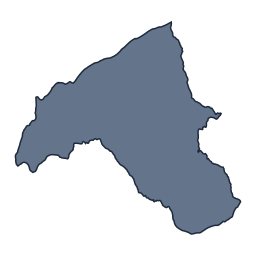 outline of Laga, Baucau, East Timor
{"feature_id": "22284137B62238566078682", "entity_name": "Laga", "entity_type": "district", "adm_level": 2, "iso_a3": "TLS", "parent_name": "East Timor", "parent_adm1": "Baucau", "projection": "equal_earth", "projection_center": [126.658, -8.504], "detail": "fine", "context": "isolated", "style": "filled", "palette": "slate", "viewbox_px": 256, "rotation_deg": 0, "n_neighbors": 0, "source": "geoboundaries", "source_scale": "gbopen_adm2", "svg_char_len": 5838}
<svg xmlns="http://www.w3.org/2000/svg" viewBox="0 0 256 256"><path d="M240.6,201.7L240.0,200.5L238.8,199.5L236.0,198.5L234.0,197.6L233.0,196.8L232.6,195.8L232.5,194.6L232.0,193.2L231.3,192.0L231.2,190.8L230.8,189.6L231.1,187.4L230.6,185.8L230.9,184.7L230.9,184.2L230.6,183.7L229.9,183.1L229.7,181.8L229.3,181.3L229.1,179.8L228.7,179.2L228.6,178.0L228.1,176.8L227.4,176.4L227.0,174.7L225.5,173.4L224.8,172.5L224.5,172.0L224.1,170.2L223.9,168.6L223.3,167.8L223.2,167.2L221.9,167.2L220.9,166.8L217.6,164.8L214.5,163.9L213.8,164.0L213.4,163.8L213.1,163.4L212.2,163.2L211.9,162.9L211.3,161.7L209.8,160.8L208.4,158.7L207.9,159.0L207.3,158.9L207.1,158.6L206.9,155.5L205.5,153.7L205.1,153.9L204.3,153.9L203.0,153.4L201.0,151.0L200.4,150.7L199.6,150.9L198.5,152.1L198.1,151.9L198.0,151.5L198.0,151.0L198.3,150.3L199.5,149.1L199.4,148.4L198.6,147.0L198.6,146.1L198.8,144.6L198.8,143.7L197.6,140.5L197.7,139.9L198.1,138.8L198.3,137.4L198.2,134.9L198.0,132.2L198.1,131.1L198.7,129.3L199.1,129.1L200.3,129.1L202.1,129.6L202.7,129.3L202.7,127.7L204.1,126.5L204.4,126.5L205.2,127.2L205.8,127.2L206.2,126.8L206.5,125.1L206.4,123.8L206.4,122.6L207.0,121.4L207.9,120.5L208.1,118.7L208.7,118.1L210.4,117.3L211.5,117.2L214.0,117.8L215.9,119.0L216.7,119.1L218.1,117.8L218.9,116.5L220.3,115.2L220.9,114.2L221.1,113.5L220.3,113.1L219.4,113.6L218.9,113.6L217.8,113.0L216.7,113.6L216.0,114.4L215.7,114.3L215.3,113.9L215.1,113.3L212.3,108.8L211.7,108.1L211.0,108.3L210.6,108.2L210.0,107.7L209.6,107.0L208.9,107.0L208.1,106.6L207.2,106.7L205.7,107.2L204.7,107.2L204.1,106.6L202.4,105.9L201.3,104.9L199.6,103.2L198.4,102.7L197.3,102.0L196.0,101.7L194.7,100.7L193.3,98.8L191.8,98.1L191.6,97.4L191.6,95.1L191.3,93.4L190.5,91.6L188.9,88.4L187.0,82.3L187.8,80.3L187.8,79.0L187.5,78.0L186.3,75.7L185.7,73.3L184.9,71.9L183.8,70.6L183.4,69.7L183.1,69.4L183.7,65.9L183.6,65.4L183.0,64.6L183.0,64.2L183.4,62.7L181.3,57.8L180.8,55.7L181.1,55.0L181.7,54.0L181.8,52.5L182.7,51.7L182.5,50.9L182.1,50.4L182.0,49.9L182.3,48.5L182.1,48.1L181.2,47.4L180.7,45.7L180.2,44.9L179.7,44.4L179.7,43.2L179.6,42.8L179.2,42.5L178.4,40.3L177.4,39.4L176.5,39.2L175.9,38.2L175.0,37.3L173.6,36.9L172.7,35.2L172.7,33.4L172.3,32.2L171.8,31.1L171.4,30.6L170.8,29.3L170.6,27.1L171.3,25.1L171.2,24.5L171.4,23.5L171.2,22.0L170.1,22.7L166.1,24.9L161.5,26.8L160.5,27.1L159.9,26.9L158.1,27.3L155.4,28.5L152.9,28.9L151.3,29.6L148.1,31.5L144.8,34.0L140.4,36.8L137.7,38.3L137.2,38.3L136.1,38.9L135.6,38.8L135.2,38.5L133.1,39.6L129.9,41.9L124.3,47.3L121.5,49.4L120.3,51.1L117.2,54.1L114.4,56.0L110.2,58.0L107.2,58.3L103.8,59.1L102.8,59.8L100.3,60.8L98.7,62.0L97.1,62.5L94.4,63.1L88.1,66.9L87.1,67.8L84.5,69.4L81.5,72.5L80.4,74.0L79.7,74.6L78.5,76.3L77.8,77.1L75.3,80.9L74.3,82.1L73.5,82.8L73.1,83.0L72.1,82.9L70.5,81.9L69.6,81.8L68.3,82.8L66.2,83.9L65.2,84.2L63.5,83.2L62.0,82.8L58.9,82.6L58.8,83.0L58.5,83.1L58.2,82.7L57.8,82.6L56.1,83.7L54.4,85.5L53.8,86.4L52.1,87.9L51.6,89.4L50.3,91.7L47.5,95.2L44.7,96.8L43.3,98.9L42.7,99.5L42.1,99.7L41.1,99.9L40.5,99.8L39.1,98.7L38.0,97.1L37.0,96.8L35.9,97.3L36.3,106.0L35.8,108.3L35.7,110.0L35.7,110.8L35.5,112.1L35.2,112.9L35.3,113.6L35.8,114.4L36.0,117.3L35.9,118.3L35.4,119.4L34.2,120.7L32.8,120.6L31.8,121.3L30.9,122.6L29.9,123.8L29.8,124.8L29.5,125.3L27.9,125.5L26.6,126.1L24.6,129.4L23.9,130.1L23.8,130.8L22.9,132.5L22.5,134.2L22.4,136.3L22.2,136.9L20.3,142.4L19.7,145.0L17.7,151.1L17.7,152.0L16.0,154.3L15.6,155.0L15.4,156.4L15.4,156.8L15.8,159.4L15.7,161.3L16.0,162.3L16.2,163.8L16.7,164.8L17.6,165.5L17.9,166.0L20.8,163.8L21.2,163.9L21.8,163.4L22.2,162.8L23.2,162.4L24.4,162.3L25.9,162.8L26.7,163.2L28.3,164.9L29.1,166.8L29.6,169.0L30.1,170.2L30.4,170.6L32.8,172.4L35.4,171.4L36.5,169.6L37.3,167.2L38.4,165.1L40.0,163.7L40.7,163.5L43.3,161.2L45.2,159.9L46.6,157.0L48.0,155.9L50.2,154.9L52.0,154.6L57.3,155.1L58.4,155.4L59.2,156.2L59.9,157.2L60.7,157.3L61.4,157.7L62.6,158.0L65.6,158.3L67.5,158.8L67.8,158.7L68.2,158.1L68.7,156.8L68.9,154.9L69.2,154.3L70.2,152.6L71.5,151.2L72.3,150.7L72.5,150.2L73.2,149.6L73.1,148.6L73.2,148.0L73.8,146.6L73.7,144.4L73.9,143.7L74.2,143.3L76.8,143.2L81.1,143.9L82.0,143.6L82.7,142.1L83.1,141.6L83.6,141.7L84.3,142.0L85.2,142.8L85.5,143.5L86.5,142.6L86.9,142.5L87.6,143.2L88.5,143.1L89.3,141.1L91.0,140.2L91.9,140.1L93.3,140.2L93.7,139.6L94.1,139.3L95.2,138.7L96.1,139.1L96.6,139.5L96.9,139.6L98.9,138.8L99.6,138.8L100.0,139.1L100.6,140.2L101.6,142.9L101.8,143.9L102.1,144.2L102.5,144.9L105.7,148.2L108.2,149.2L110.1,151.2L110.9,151.1L112.0,152.0L113.6,154.5L114.5,155.4L115.6,158.7L116.5,159.3L117.4,161.3L118.3,162.0L119.6,163.9L120.7,164.9L123.7,166.6L124.4,167.5L125.3,168.1L125.6,168.8L126.7,169.4L127.4,171.1L128.5,172.5L129.5,174.7L129.9,175.2L131.8,176.4L132.2,176.8L132.5,177.3L133.8,179.4L135.2,184.1L137.4,187.7L137.5,188.9L138.1,189.6L138.3,190.5L138.4,191.9L138.7,192.4L139.2,192.8L140.4,192.8L141.1,193.2L142.4,194.3L143.4,195.9L143.8,196.1L144.3,196.2L145.2,195.6L145.8,196.1L146.3,197.5L147.0,197.9L147.9,197.9L148.2,198.0L148.7,198.3L149.2,199.1L149.7,199.4L152.4,200.3L153.4,199.9L153.6,201.1L154.0,201.6L154.3,201.7L154.6,201.6L155.1,201.1L155.7,200.9L156.5,201.0L157.0,200.4L158.5,200.7L159.3,200.6L159.9,200.4L160.8,201.2L162.9,205.5L165.1,207.1L166.4,207.6L167.1,207.3L167.7,206.7L168.8,206.5L169.5,207.6L169.8,208.6L171.4,210.9L172.1,212.3L172.8,215.5L172.8,217.4L173.0,219.0L173.4,220.0L174.0,220.7L174.4,222.8L175.1,224.7L176.0,226.0L176.7,226.8L178.3,228.2L181.7,230.2L182.6,230.6L184.8,231.1L188.7,232.5L190.7,233.8L191.7,234.0L194.1,233.6L195.8,233.0L199.8,232.8L200.7,232.5L206.5,228.6L208.5,227.5L211.3,226.4L214.7,225.4L216.4,225.3L217.1,225.4L218.8,225.0L220.9,223.4L223.2,221.4L224.8,221.8L225.3,221.5L227.0,220.1L228.0,219.8L230.4,217.9L232.1,216.9L232.4,216.5L233.6,212.5L234.2,211.0L235.6,208.4L235.8,208.1L237.6,207.0L240.6,201.7Z" fill="#64748b" stroke="#1e293b" stroke-width="1.5"/></svg>